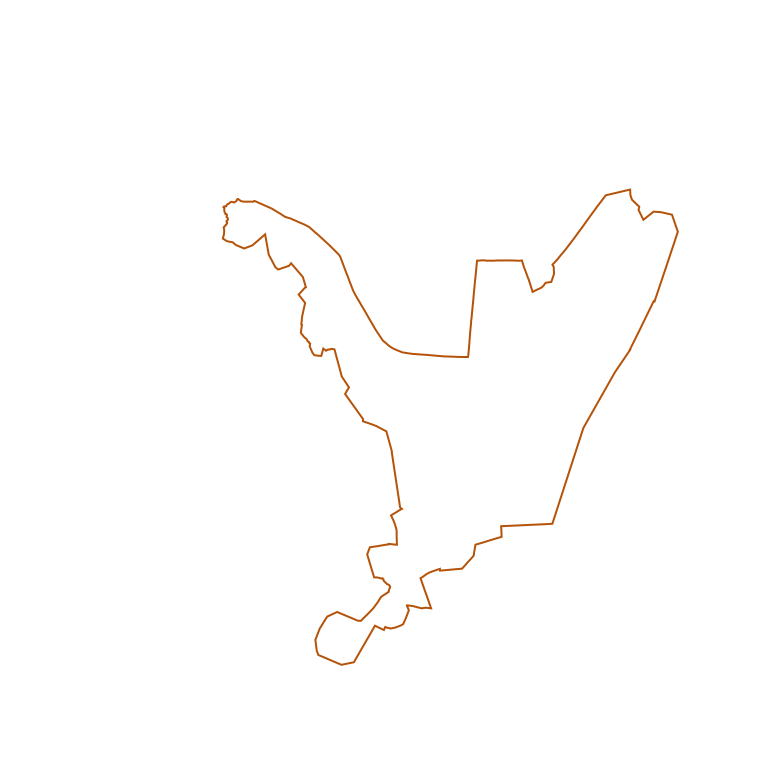 Sana'a City Outskirts -Sanhan wa Bani Bahlul, Sana'a, Yemen, rotated 23°
{"feature_id": "15242507B78273733164190", "entity_name": "Sana'a City Outskirts -Sanhan wa Bani Bahlul", "entity_type": "district", "adm_level": 2, "iso_a3": "YEM", "parent_name": "Yemen", "parent_adm1": "Sana'a", "projection": "natural_earth1", "projection_center": [44.226, 15.268], "detail": "fine", "context": "isolated", "style": "outline", "palette": "amber", "viewbox_px": 768, "rotation_deg": 23, "n_neighbors": 0, "source": "geoboundaries", "source_scale": "gbopen_adm2", "svg_char_len": 5649}
<svg xmlns="http://www.w3.org/2000/svg" viewBox="0 0 768 768"><g transform="rotate(23 384 384)"><path d="M174.8,301.7L177.0,305.2L178.2,308.7L178.8,313.1L183.5,313.9L185.7,313.5L189.2,312.7L193.4,313.9L202.3,313.9L208.7,307.8L216.1,292.7L227.4,310.0L233.5,314.9L238.3,318.9L241.8,320.0L245.7,316.5L250.5,312.2L251.3,309.2L265.1,316.0L267.6,317.3L274.3,325.5L273.7,326.0L270.5,335.0L279.7,340.2L282.3,354.1L284.7,361.6L285.4,361.7L287.4,369.4L291.4,371.6L292.9,372.3L295.3,372.9L297.1,374.6L298.4,374.6L298.9,375.3L300.3,375.7L300.8,378.3L302.8,380.2L305.7,383.0L308.6,384.7L310.1,384.3L312.0,383.8L315.3,382.6L314.3,375.1L314.8,375.2L317.7,376.0L318.4,374.8L319.0,374.1L319.7,374.0L321.3,372.8L321.8,372.3L323.1,371.8L323.4,371.8L324.0,371.7L324.9,371.5L334.7,384.0L342.2,393.6L353.1,400.8L352.8,402.6L352.1,408.4L378.3,424.4L379.2,426.5L386.7,426.0L393.3,425.7L404.7,426.7L412.4,436.4L417.6,443.0L417.6,443.4L442.3,483.6L447.0,491.3L449.3,492.0L448.0,493.5L441.8,502.2L444.2,504.3L446.4,506.3L446.6,506.4L449.3,509.4L451.1,511.6L452.5,513.4L452.8,513.8L455.6,520.2L458.7,526.9L454.4,528.3L450.9,529.3L451.1,529.7L448.7,531.1L442.9,534.8L441.9,535.5L434.8,539.8L434.9,542.2L435.1,547.4L441.9,555.6L450.5,565.9L452.8,564.9L453.2,564.8L456.0,564.2L458.0,564.1L458.6,563.4L460.0,564.2L460.5,565.2L464.7,566.9L467.1,567.0L468.9,568.1L469.1,572.2L469.6,573.4L464.5,581.0L463.6,586.8L463.5,587.4L461.7,594.9L459.1,601.6L455.2,611.1L452.5,612.1L451.7,612.1L429.9,612.2L428.2,614.1L422.6,620.3L420.4,634.2L420.6,640.1L420.8,646.4L426.3,655.7L429.4,659.1L441.9,659.1L454.6,659.1L465.0,651.9L466.9,636.3L469.3,616.9L470.0,610.8L470.1,610.0L480.0,610.5L480.1,607.2L481.8,607.1L485.8,606.4L489.8,603.6L494.3,599.2L495.5,597.4L495.5,594.8L495.6,591.9L495.3,582.5L491.6,579.1L491.7,578.7L497.0,577.2L506.3,575.8L509.9,573.6L515.0,572.1L504.2,560.2L502.5,558.4L500.5,556.2L493.5,548.5L495.2,546.1L495.5,545.6L497.0,543.1L497.7,542.0L499.9,539.3L500.5,538.8L502.0,537.4L507.7,532.3L508.5,533.9L518.4,528.6L525.9,524.6L528.0,523.5L529.7,518.6L530.0,517.7L530.3,516.6L531.7,512.6L532.0,511.9L532.6,510.1L533.5,507.5L533.6,507.2L533.2,505.3L532.8,503.9L531.0,496.2L531.8,495.5L536.0,492.1L536.6,491.6L543.9,485.4L552.0,478.7L547.4,469.1L557.5,464.3L588.1,449.6L593.6,446.9L584.7,346.6L592.0,282.8L597.2,256.4L596.9,256.4L598.2,235.1L598.6,226.9L599.9,202.4L600.8,202.4L600.6,200.2L597.8,163.8L595.0,129.0L589.8,123.3L582.9,115.6L572.0,117.6L570.2,118.2L564.8,120.0L558.6,131.5L550.3,124.3L549.7,121.0L548.1,120.5L540.3,117.5L537.1,114.0L534.6,108.9L533.4,109.7L523.2,117.2L514.7,123.4L514.4,123.7L512.1,132.7L511.0,137.0L510.6,138.7L510.3,140.1L507.9,150.2L507.0,154.3L505.0,163.4L503.9,167.7L502.0,175.9L499.2,186.8L498.8,188.4L498.3,190.2L495.6,199.0L495.5,199.7L495.3,200.2L494.9,201.7L494.7,202.2L494.4,203.0L493.7,205.0L492.4,208.3L492.7,208.6L494.5,209.9L495.5,212.1L496.7,214.5L497.3,215.8L497.5,216.2L498.1,224.7L493.2,227.7L492.4,231.2L491.9,232.4L491.2,233.7L490.9,234.2L489.3,236.0L488.9,236.4L487.8,237.6L486.8,238.8L484.8,241.1L483.5,239.6L478.2,233.4L477.2,232.3L476.8,231.8L475.6,230.5L475.3,230.3L471.0,225.7L466.5,221.0L466.3,220.7L465.8,220.2L465.3,219.5L464.7,218.8L462.7,216.4L460.8,217.5L458.0,218.6L455.5,219.5L450.4,221.6L449.2,222.1L448.2,222.5L447.7,222.7L444.6,224.1L442.5,225.0L440.3,225.9L439.5,226.3L437.7,227.2L435.6,228.1L435.4,228.3L433.7,228.9L430.8,230.2L428.7,230.8L425.7,231.9L424.1,232.9L421.8,233.9L421.5,234.0L421.7,234.9L423.0,239.0L423.3,240.0L424.5,243.7L426.7,250.7L427.3,252.9L429.8,260.7L430.0,261.4L431.5,266.1L432.0,267.7L432.7,269.8L433.8,273.2L435.3,278.1L435.4,278.4L438.6,288.4L439.5,291.6L439.9,292.7L440.7,295.1L442.2,299.8L443.6,304.2L444.3,306.2L445.9,311.1L446.1,311.5L447.2,314.8L448.2,317.7L449.0,320.4L450.4,324.7L450.7,326.4L443.9,329.2L441.9,330.0L437.6,331.6L435.6,332.4L433.4,333.2L430.4,334.4L427.7,335.4L425.2,336.2L422.2,337.2L413.8,339.9L413.1,340.1L410.6,341.0L408.2,341.8L405.1,342.9L404.2,343.2L402.1,343.9L399.6,344.8L399.0,345.0L397.8,345.3L396.4,345.7L394.6,346.2L392.4,346.7L388.7,347.7L387.8,347.7L383.8,347.8L381.4,347.8L379.7,347.8L379.2,347.8L377.0,347.5L373.9,347.0L371.2,346.1L367.7,345.0L365.9,344.4L364.6,343.6L355.8,337.8L354.8,337.1L348.8,332.6L346.9,331.2L340.2,326.1L335.9,322.9L334.3,321.7L332.6,320.5L331.3,319.5L324.6,314.5L322.7,313.1L319.7,310.6L319.0,310.0L312.6,303.4L312.1,302.9L307.5,298.0L306.9,297.5L302.6,293.0L295.5,285.5L294.0,283.9L293.0,283.3L291.6,282.4L286.8,280.5L283.3,279.1L278.5,277.2L277.9,277.0L276.4,276.5L275.6,276.2L263.8,272.0L261.8,271.5L258.4,270.3L253.9,268.8L253.4,268.7L249.6,268.4L248.4,268.3L246.5,268.3L242.4,268.3L236.4,268.2L235.8,268.2L234.0,268.2L232.7,268.2L231.5,268.4L231.3,268.4L229.4,268.6L227.9,268.8L220.8,267.6L213.5,266.6L213.2,266.5L212.6,266.4L212.1,266.4L209.3,266.3L208.5,266.3L200.7,266.2L199.6,266.2L198.3,266.2L196.2,266.1L193.2,266.1L192.9,266.4L192.5,267.2L187.6,269.3L183.6,271.0L182.7,271.2L180.8,271.5L178.5,271.0L177.4,270.7L176.8,271.1L176.7,271.5L176.7,272.3L176.7,272.9L176.6,273.2L175.9,274.3L175.7,274.6L175.3,275.4L172.6,275.8L172.3,276.0L171.8,276.6L171.3,277.1L171.2,277.3L170.8,278.4L170.6,278.7L169.5,279.9L169.3,280.3L169.4,281.9L169.1,282.3L168.0,282.7L167.4,283.0L167.2,283.4L167.2,283.7L167.2,284.1L167.5,284.2L168.1,284.4L168.5,284.7L169.0,286.4L169.7,287.6L171.5,289.2L171.7,289.5L172.4,289.2L172.8,289.3L173.2,289.6L173.5,289.9L173.7,291.4L173.9,291.8L174.1,291.8L174.9,292.1L175.1,292.3L175.6,292.6L175.7,293.0L176.1,293.9L175.4,295.4L175.6,296.2L176.4,296.5L176.7,297.3L176.8,297.5L176.4,299.1L176.1,299.6L176.2,300.0L175.4,302.1L174.8,301.7Z" fill="none" stroke="#b45309" stroke-width="2"/></g></svg>